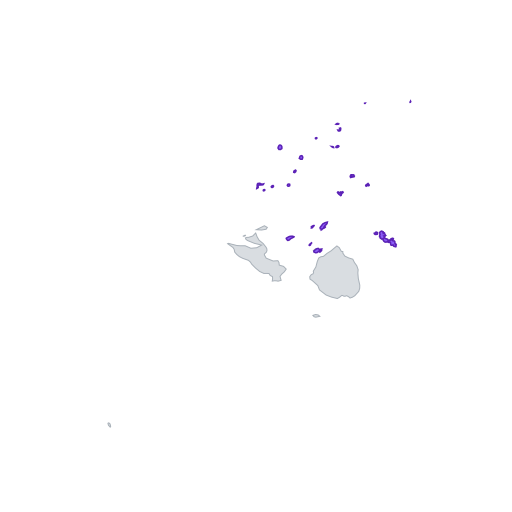 location of Eastern within Fiji, rotated 244°
{"feature_id": "FJI-2618", "entity_name": "Eastern", "entity_type": "Division", "adm_level": 1, "iso_a3": "FJI", "parent_name": "Fiji", "parent_adm1": "", "projection": "equal_earth", "projection_center": [179.768, -18.91], "detail": "fine", "context": "in_parent", "style": "filled", "palette": "violet", "viewbox_px": 512, "rotation_deg": 244, "n_neighbors": 0, "source": "natural_earth", "source_scale": "10m", "svg_char_len": 7949}
<svg xmlns="http://www.w3.org/2000/svg" viewBox="0 0 512 512"><g transform="rotate(244 256 256)"><path d="M215.0,297.4L215.0,299.6L216.1,300.6L217.2,300.8L219.9,305.0L224.2,308.7L226.7,311.5L226.9,313.9L226.1,316.4L227.2,320.9L227.7,325.6L229.6,333.1L227.0,334.5L222.8,334.7L221.9,336.0L220.5,335.3L217.0,335.8L213.8,338.3L210.7,341.6L207.1,341.6L203.0,342.3L198.9,341.8L196.1,340.1L191.0,338.1L184.3,336.5L181.6,335.1L179.2,332.9L177.0,327.4L176.7,324.7L177.0,322.1L179.0,321.3L180.6,320.0L180.8,318.3L181.6,317.1L182.5,316.6L183.0,315.8L182.3,313.0L182.1,310.5L186.0,305.8L190.2,301.9L197.7,298.2L202.3,298.6L209.3,295.8L211.5,294.4L213.8,295.2L215.0,297.4ZM279.5,236.7L273.8,243.4L271.8,246.9L270.0,250.7L265.2,254.8L263.1,260.3L263.3,265.9L268.1,260.1L273.5,255.3L275.2,254.3L276.9,254.4L276.7,256.0L276.0,257.6L275.4,261.8L276.8,265.8L272.8,265.4L268.8,265.7L264.1,267.9L259.4,268.9L257.7,268.9L256.0,268.2L254.9,267.0L254.1,264.4L253.2,264.0L249.6,264.2L244.0,269.2L242.2,273.6L240.1,273.8L237.6,272.9L234.6,276.2L231.0,277.4L229.4,274.6L228.4,271.1L227.1,268.6L223.1,267.9L223.7,264.8L224.7,263.5L225.7,261.7L226.3,259.6L228.2,260.9L230.2,261.8L232.3,260.2L234.6,260.0L236.9,255.4L240.5,252.5L245.4,250.3L250.4,248.6L253.0,248.3L255.4,247.3L259.8,243.0L262.7,240.8L265.8,239.4L268.8,238.6L271.6,239.3L273.8,239.0L279.5,235.9L279.5,236.7ZM223.0,377.9L223.0,380.1L218.2,381.5L216.6,379.7L215.5,379.4L212.7,382.6L211.9,383.9L211.6,384.8L210.9,385.3L205.6,386.8L203.3,385.3L204.8,384.3L206.7,382.2L208.7,382.5L210.6,380.6L212.6,377.7L215.3,377.1L217.3,375.9L220.5,376.8L223.0,377.9ZM279.5,276.8L276.7,278.7L275.6,276.8L276.9,272.4L279.5,267.8L279.5,271.5L279.5,276.8ZM255.1,334.2L254.8,334.6L251.5,330.6L251.6,329.0L252.2,327.5L253.5,326.2L254.7,328.5L255.6,332.3L255.1,334.2ZM235.6,315.4L233.6,316.3L232.6,313.2L234.0,310.1L235.7,309.8L236.5,313.0L235.6,315.4ZM257.8,297.1L256.6,298.5L256.0,291.6L257.3,291.6L258.2,292.3L258.8,294.1L257.8,297.1ZM175.7,286.1L173.8,286.9L174.8,282.9L175.9,281.6L176.6,281.4L177.7,281.1L177.3,283.9L175.7,286.1ZM170.5,50.6L169.0,51.2L166.6,50.7L166.1,49.9L166.9,49.7L168.5,49.2L170.4,49.5L170.7,50.0L170.5,50.6ZM279.5,255.4L279.0,255.5L278.9,254.5L279.5,252.8L279.5,255.4Z" fill="#d9dde1" stroke="#a8b0b8" stroke-width="1"/><path d="M220.9,377.0L221.1,377.0L222.5,377.3L222.9,377.5L223.2,378.1L223.4,379.1L223.3,379.9L222.6,380.4L222.0,380.9L221.7,380.6L221.4,380.4L220.6,380.3L220.8,380.7L220.8,381.1L220.7,381.4L220.4,381.6L219.9,381.5L219.1,381.4L218.2,381.4L217.6,381.6L217.6,381.3L217.7,380.6L217.8,380.3L217.5,380.5L217.2,380.5L217.0,380.4L216.8,380.3L216.9,380.0L217.1,379.7L217.3,379.6L216.3,379.1L215.3,379.6L213.7,381.3L213.1,381.5L212.5,381.5L212.1,381.6L211.9,382.1L211.9,383.2L211.9,383.4L211.7,382.7L211.3,383.0L211.2,383.6L211.3,384.1L211.5,384.4L212.1,384.5L212.3,384.9L212.2,386.2L212.1,386.6L211.8,386.9L211.5,387.1L211.2,387.1L210.9,386.8L210.8,386.3L210.9,385.0L210.4,385.6L210.2,385.7L209.6,385.7L209.3,386.2L209.1,386.7L208.8,387.0L208.2,387.1L207.7,387.0L206.7,386.5L206.2,386.4L205.4,387.0L205.0,387.1L204.8,386.4L204.5,386.4L204.2,386.6L203.9,386.5L203.4,386.2L203.0,385.7L204.1,384.3L204.8,384.0L205.5,384.4L205.9,383.9L206.1,382.8L206.3,382.3L206.7,382.1L207.2,382.1L209.3,382.8L209.6,382.7L209.8,382.3L209.9,381.8L210.0,381.3L210.4,380.9L210.9,381.4L211.2,381.0L211.4,380.1L211.4,379.2L211.9,378.1L213.2,377.4L214.7,377.3L215.8,377.9L216.1,376.4L216.3,376.2L216.9,376.1L217.1,376.0L217.2,375.8L217.4,375.6L217.7,375.5L218.0,375.6L218.4,375.7L218.7,375.7L219.1,375.5L219.3,376.1L220.6,376.2L220.9,377.0ZM255.0,329.0L255.6,330.3L255.6,333.0L255.2,335.0L254.1,334.1L253.7,333.5L253.4,332.1L253.2,331.5L252.5,330.4L252.2,329.8L252.0,329.0L251.9,329.5L252.0,330.5L251.9,330.9L251.6,331.0L251.4,330.6L251.2,329.2L251.3,327.8L251.2,327.5L250.8,326.7L250.8,326.2L251.2,326.5L251.4,326.6L252.2,325.7L252.4,325.7L252.7,325.8L253.2,325.9L253.7,326.4L254.7,328.5L255.0,329.0ZM258.9,293.3L258.9,294.6L258.6,295.7L258.2,296.7L257.7,297.6L256.7,298.6L256.4,298.3L256.4,295.3L256.3,294.5L256.1,293.8L255.8,293.1L255.9,292.4L255.9,291.8L256.2,291.2L257.7,290.9L258.1,290.8L258.4,290.8L258.8,291.2L258.8,291.5L258.9,293.3ZM233.6,310.3L233.9,310.0L234.4,309.8L235.2,310.3L235.5,311.5L235.7,312.2L235.7,312.9L235.9,313.6L235.8,314.3L235.6,314.9L235.4,315.4L234.4,315.7L234.0,315.9L233.3,316.3L233.0,315.4L232.8,314.6L232.3,312.6L232.7,311.1L233.6,310.3ZM343.4,323.1L343.8,323.4L344.5,324.1L345.1,324.9L345.4,325.7L345.0,326.6L344.2,327.1L343.2,327.2L342.3,326.9L341.2,326.3L341.0,324.7L341.7,323.3L343.4,323.1ZM318.3,287.6L319.5,288.3L320.1,288.8L320.4,289.5L319.8,291.1L319.7,291.4L319.0,291.7L318.3,292.5L317.7,293.5L317.5,294.5L317.0,293.9L317.1,292.9L317.5,291.9L318.0,291.4L317.9,290.7L318.1,290.4L318.4,290.3L318.6,290.0L318.6,289.3L318.5,289.0L318.0,288.6L317.7,288.4L316.9,288.2L316.5,287.9L316.4,287.6L316.3,286.6L316.3,286.2L316.8,286.5L317.1,287.0L317.6,287.5L318.3,287.6ZM277.3,357.0L277.5,357.3L277.7,357.6L277.4,358.2L276.5,358.5L276.1,359.0L275.4,359.6L275.7,360.0L276.2,359.7L276.4,359.7L276.5,360.3L275.8,361.1L275.8,362.1L275.1,362.3L274.7,361.5L274.7,360.6L274.2,360.2L274.0,359.7L273.2,359.2L273.1,358.6L273.9,358.2L275.3,357.5L276.8,357.1L277.3,357.0ZM325.6,338.6L326.3,339.2L326.4,340.2L326.2,341.0L325.7,341.4L324.5,341.4L324.1,341.3L323.8,341.0L323.6,340.8L323.4,340.7L322.7,339.9L323.4,338.5L324.8,337.7L325.6,338.6L325.6,338.6ZM224.4,373.0L224.7,373.4L224.9,373.8L224.9,374.2L224.7,374.7L224.2,374.5L224.0,375.0L223.8,375.5L223.4,375.5L222.4,374.6L222.5,374.0L222.8,373.2L222.9,372.9L223.3,372.4L224.1,372.1L224.6,372.2L224.4,373.0ZM284.6,377.5L285.1,375.4L286.4,375.6L287.4,377.0L286.6,378.5L286.3,376.8L285.5,376.7L284.9,377.4L284.9,378.4L285.3,379.3L284.7,379.5L284.2,378.9L284.6,377.5ZM271.1,385.4L271.6,385.8L271.8,386.7L271.9,387.7L272.1,388.5L270.9,388.8L270.5,388.9L270.0,388.8L269.8,388.6L269.7,388.1L270.0,387.9L270.2,387.4L270.4,387.5L270.8,387.7L271.0,387.8L270.8,387.0L270.4,386.2L270.4,385.6L271.1,385.4ZM304.9,317.5L304.3,316.9L304.4,315.9L304.9,315.2L305.8,315.1L306.5,315.9L306.4,316.9L305.8,317.7L304.9,317.5ZM317.8,377.5L317.9,376.4L318.4,375.6L318.9,375.5L319.4,376.4L319.4,377.8L318.9,378.6L318.2,378.6L317.8,377.5ZM315.0,326.8L315.7,327.3L315.9,328.5L315.9,329.2L315.2,329.4L314.7,329.0L314.3,328.5L314.0,327.3L314.7,326.6L315.0,326.8ZM332.1,385.4L332.4,386.1L332.9,386.8L333.6,387.2L334.2,387.1L334.0,388.1L333.3,388.0L332.0,387.1L331.7,386.6L331.8,385.7L332.4,384.8L333.4,384.7L333.2,385.2L332.9,385.3L332.6,385.3L332.1,385.4ZM311.1,302.4L310.5,301.7L310.4,300.8L310.8,300.1L311.5,300.0L311.9,300.6L312.1,301.5L311.8,302.3L311.1,302.4ZM258.2,318.7L258.2,318.9L258.1,319.0L257.9,319.3L258.0,319.6L258.2,320.1L258.2,320.6L258.2,321.0L257.9,321.5L257.6,321.2L257.4,320.4L257.1,319.9L256.8,319.3L256.7,318.6L256.9,318.0L257.5,318.4L258.2,318.7ZM231.8,315.2L232.4,316.4L233.1,317.0L233.8,317.2L233.7,317.6L233.6,317.8L233.5,318.0L233.3,317.6L233.0,317.8L232.8,317.8L232.6,317.4L232.1,317.3L231.5,315.4L231.3,314.5L231.8,315.2ZM242.2,310.0L241.9,309.3L242.0,308.7L242.3,308.5L242.8,308.9L243.0,309.4L243.4,311.0L243.5,311.7L243.3,311.7L243.1,311.1L242.9,310.7L242.6,310.3L242.2,310.0ZM338.4,387.6L339.1,385.9L339.4,385.6L339.6,386.6L339.4,387.5L339.2,387.8L338.8,387.8L338.4,388.2L338.3,387.9L338.4,387.6ZM311.1,292.4L311.1,291.5L311.5,291.2L312.0,291.4L312.2,292.0L312.1,292.6L311.8,292.9L311.4,292.9L311.1,292.4ZM335.2,362.4L334.9,361.7L335.1,361.1L335.5,360.9L336.0,361.2L336.0,361.8L335.9,362.2L335.6,362.5L335.2,362.4ZM320.5,373.1L320.3,373.3L320.0,373.4L319.7,373.4L319.4,373.3L319.8,372.8L320.3,372.4L320.8,372.1L321.3,371.9L321.1,372.2L321.0,372.5L320.8,372.8L320.5,373.1ZM327.0,462.8L326.7,462.5L326.5,462.1L326.6,461.7L326.8,461.3L326.8,461.8L326.9,462.2L327.1,462.5L327.4,462.8L327.0,462.8ZM345.5,421.3L345.3,421.0L345.4,420.7L345.6,420.4L345.9,420.0L345.8,420.4L345.7,420.7L345.5,421.3Z" fill="#8b5cf6" stroke="#5b21b6" stroke-width="1.5"/></g></svg>